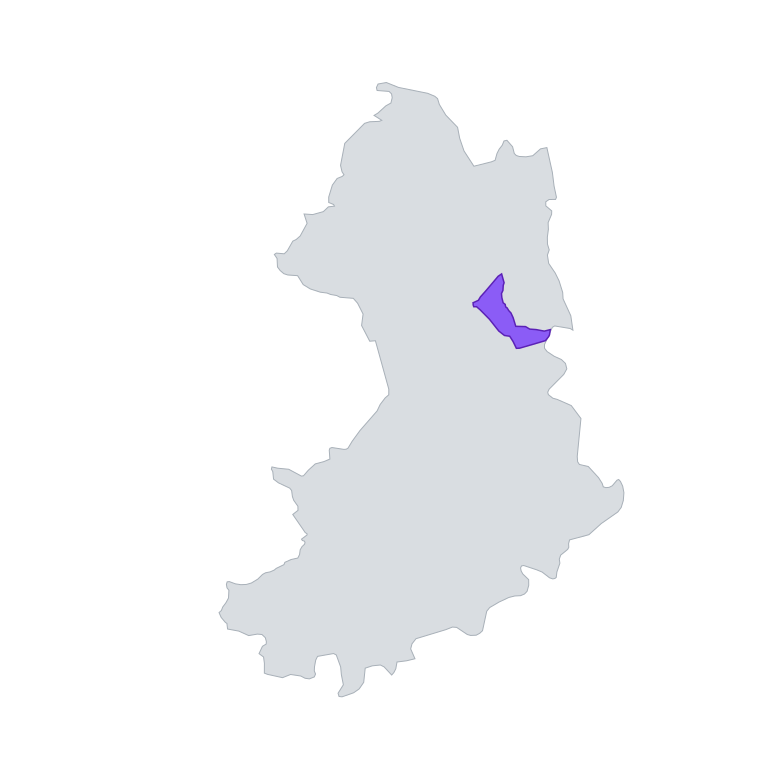 Koubia highlighted on a map of Guinea, rotated 75°
{"feature_id": "GIN-5645", "entity_name": "Koubia", "entity_type": "Prefecture", "adm_level": 1, "iso_a3": "GIN", "parent_name": "Guinea", "parent_adm1": "", "projection": "orthographic", "projection_center": [-11.818, 11.71], "detail": "fine", "context": "in_parent", "style": "filled", "palette": "violet", "viewbox_px": 768, "rotation_deg": 75, "n_neighbors": 0, "source": "natural_earth", "source_scale": "10m", "svg_char_len": 4356}
<svg xmlns="http://www.w3.org/2000/svg" viewBox="0 0 768 768"><g transform="rotate(75 384 384)"><path d="M469.1,501.6L463.0,500.8L460.2,502.0L452.2,511.5L447.3,515.3L439.8,514.1L437.1,514.8L435.1,513.7L437.8,508.5L441.7,498.1L451.6,487.6L451.8,485.5L447.7,479.4L443.4,471.1L443.4,462.2L442.5,455.7L433.7,454.0L432.1,452.9L431.9,450.7L436.8,439.6L437.2,437.3L436.6,435.3L431.1,429.6L422.7,419.2L408.2,397.6L402.8,393.0L397.7,386.4L395.7,382.2L390.3,380.7L340.0,381.1L339.0,386.7L321.7,390.5L311.0,386.1L299.1,388.6L293.3,391.5L288.8,404.1L286.3,406.8L283.7,412.4L281.4,415.5L278.8,421.8L273.1,430.6L267.1,436.3L257.0,439.4L253.8,448.7L251.5,452.2L247.6,454.9L243.4,456.6L235.1,454.8L230.5,456.4L229.7,454.1L232.4,446.7L230.3,442.9L222.4,435.1L221.7,431.4L219.3,426.6L208.9,416.7L199.1,417.2L201.9,409.0L201.8,398.0L198.5,391.9L199.4,385.8L197.6,386.2L194.4,390.4L189.1,389.0L178.5,382.4L173.3,376.0L172.7,370.6L171.5,368.5L168.2,369.6L161.6,369.4L141.4,359.6L127.2,335.3L127.0,329.9L129.1,320.5L128.7,317.9L122.0,324.1L120.8,319.9L115.8,310.2L114.4,304.6L109.6,302.0L105.7,301.6L102.7,303.4L98.7,314.7L95.7,314.6L92.7,312.1L93.4,303.7L101.3,293.2L114.5,266.6L119.2,260.5L122.2,258.4L128.3,258.2L140.3,254.7L155.1,246.5L166.3,247.3L179.6,246.4L196.9,240.8L197.2,222.8L196.7,218.8L190.6,215.2L187.0,212.0L184.0,208.0L180.3,205.2L180.4,202.2L188.1,198.4L195.1,198.5L197.5,197.1L199.2,194.5L201.3,188.1L202.0,181.2L197.4,172.0L197.8,165.5L223.1,166.6L236.9,168.5L248.3,169.1L250.1,170.5L248.5,176.9L249.9,180.6L253.8,181.6L260.2,177.2L263.5,178.2L270.6,183.7L277.2,185.2L284.4,188.2L291.2,189.9L297.2,189.7L301.8,192.8L310.2,193.7L321.1,189.9L329.7,188.2L341.8,187.7L348.1,189.0L366.4,185.9L380.9,187.6L378.6,189.8L372.1,204.1L372.8,206.7L387.5,218.8L391.0,219.7L395.0,218.0L401.3,212.4L406.3,206.3L411.1,203.4L416.7,203.5L421.2,207.8L431.7,225.8L434.3,228.0L436.8,228.0L441.4,224.6L443.7,220.7L453.3,208.7L468.3,202.7L504.0,216.1L509.2,217.1L512.3,216.1L516.6,208.0L530.0,201.0L536.4,199.0L540.1,198.8L541.5,196.6L542.1,193.3L541.4,189.9L537.2,183.8L537.0,182.0L539.4,180.8L544.5,179.9L551.1,180.4L558.5,183.0L564.6,186.8L568.1,191.2L575.0,210.2L582.6,225.1L582.6,245.1L585.9,247.0L589.6,247.8L591.3,249.4L595.0,257.6L598.5,260.0L602.6,260.5L610.4,265.7L615.4,267.7L616.1,269.3L615.9,271.5L614.0,274.3L606.6,279.9L603.0,284.6L595.5,296.0L595.3,298.2L597.0,299.7L600.1,299.9L603.4,299.1L610.4,294.9L615.9,296.3L621.2,299.4L623.2,302.6L623.8,306.9L622.6,312.5L622.5,318.7L624.4,329.3L627.3,339.8L630.1,343.6L647.8,352.7L649.6,356.1L650.5,360.0L649.3,365.4L647.5,368.4L637.9,376.8L636.5,380.8L637.3,388.1L638.3,419.0L642.2,424.2L646.8,426.8L657.4,425.2L657.2,433.8L655.9,443.4L662.1,446.3L665.3,449.2L667.1,451.9L657.3,457.1L654.5,460.2L653.2,468.2L653.6,475.7L666.9,480.8L672.1,486.9L674.4,493.3L675.3,505.5L674.2,508.3L670.8,508.4L664.0,501.1L653.7,500.4L646.1,499.1L633.4,500.2L631.3,502.5L629.9,518.7L633.0,521.4L639.1,524.3L643.1,525.6L646.4,525.2L648.9,527.1L649.5,532.4L647.8,536.4L644.5,540.0L640.4,549.4L641.4,558.0L634.3,571.7L632.3,574.4L622.8,571.8L616.5,571.0L612.1,574.5L605.9,569.3L604.7,565.1L602.4,564.3L598.3,564.3L594.4,566.7L592.8,571.0L592.0,579.8L585.1,588.2L580.2,598.5L574.6,597.7L573.3,598.9L567.3,601.7L562.1,602.5L560.7,599.7L557.7,597.5L554.3,593.2L550.5,589.6L543.1,587.2L540.3,588.4L536.8,588.1L534.5,586.7L534.8,584.6L538.6,579.2L540.8,574.2L542.0,568.8L541.9,563.6L539.8,556.4L536.5,550.6L535.7,547.3L536.0,542.5L535.3,538.1L534.2,535.8L532.6,527.4L530.6,525.9L529.5,519.2L529.8,512.3L526.9,509.7L522.5,507.9L519.8,505.2L518.2,502.2L516.6,501.3L515.2,501.5L514.0,503.4L512.5,503.8L509.9,497.4L508.8,497.1L507.0,498.6L486.4,505.9L483.8,499.8L479.8,498.8L473.0,501.3L469.1,501.6Z" fill="#d9dde1" stroke="#a8b0b8" stroke-width="1"/><path d="M374.5,209.3L379.3,211.4L380.7,212.5L383.9,216.8L384.5,243.7L383.8,246.9L376.5,248.3L370.4,250.2L368.3,255.1L362.6,259.4L348.7,265.4L337.3,271.9L333.3,274.6L332.6,277.3L330.6,277.4L329.1,277.0L328.6,277.0L328.1,274.1L327.6,271.2L324.8,268.3L320.9,262.3L314.2,252.6L309.5,245.9L308.1,241.9L317.3,241.8L319.6,243.3L324.4,244.9L327.0,247.1L331.0,247.8L336.4,247.9L338.5,246.3L340.0,246.5L341.5,246.3L342.3,245.4L345.4,244.5L348.2,243.0L353.4,242.1L362.4,241.8L363.3,238.7L365.2,232.4L368.7,229.0L370.8,223.0L374.4,215.5L374.5,209.3Z" fill="#8b5cf6" stroke="#5b21b6" stroke-width="1.5"/></g></svg>